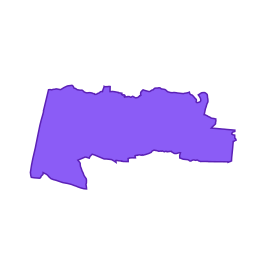 Bang Sao Thong, Samut Prakan, Thailand, rotated 259°
{"feature_id": "78962969B16455268499709", "entity_name": "Bang Sao Thong", "entity_type": "district", "adm_level": 2, "iso_a3": "THA", "parent_name": "Thailand", "parent_adm1": "Samut Prakan", "projection": "robinson", "projection_center": [100.804, 13.633], "detail": "fine", "context": "isolated", "style": "filled", "palette": "violet", "viewbox_px": 256, "rotation_deg": 259, "n_neighbors": 0, "source": "geoboundaries", "source_scale": "gbopen_adm2", "svg_char_len": 5668}
<svg xmlns="http://www.w3.org/2000/svg" viewBox="0 0 256 256"><g transform="rotate(259 128 128)"><path d="M180.7,57.3L160.8,48.2L160.1,48.2L156.6,46.5L152.1,44.2L147.6,42.1L137.3,37.8L126.1,33.2L116.5,28.9L110.2,26.3L103.0,23.7L99.7,23.5L98.0,23.7L97.0,26.5L95.6,31.6L95.6,32.0L96.3,33.0L96.6,33.0L97.5,33.8L98.6,35.6L100.4,36.2L100.1,36.5L98.4,38.8L97.9,39.3L97.4,39.8L96.5,40.4L95.4,40.9L95.0,41.2L93.0,42.7L92.7,43.1L92.4,43.6L91.6,44.9L90.4,47.4L88.9,50.0L87.7,52.1L86.8,53.7L85.1,58.1L83.4,61.7L82.9,62.5L82.0,63.9L80.7,66.2L79.9,67.3L78.2,70.2L76.8,73.1L76.1,75.7L77.7,75.9L80.6,76.0L81.0,76.1L81.6,76.5L82.0,76.7L84.8,77.3L86.1,77.3L87.1,76.9L88.6,76.2L89.7,75.8L90.5,75.6L92.2,75.4L94.8,74.7L97.8,74.3L99.0,74.0L101.3,74.1L102.3,74.3L102.9,74.2L103.5,74.0L106.0,72.6L106.3,74.0L107.3,78.9L107.6,79.9L107.6,80.3L107.4,81.2L105.8,84.2L107.4,85.3L109.1,87.8L108.1,89.7L107.8,90.2L102.2,98.6L102.1,99.0L101.7,100.9L100.3,105.3L100.2,105.7L98.5,107.7L96.5,109.7L98.4,109.8L98.5,110.0L98.4,110.2L98.4,110.6L97.6,112.6L96.9,115.4L96.6,115.3L95.9,117.4L95.0,121.8L98.0,122.3L98.0,123.0L98.3,123.6L98.0,126.1L97.3,129.6L98.1,129.6L99.0,129.5L99.5,129.7L99.5,129.9L99.6,130.5L99.4,131.6L99.6,131.8L99.4,132.3L99.5,132.6L99.5,133.1L99.5,134.1L99.1,135.1L98.7,135.8L98.8,136.2L99.0,136.9L98.9,137.1L98.4,137.4L98.5,138.0L98.6,140.1L99.0,143.3L99.1,143.9L99.7,146.2L100.7,147.2L100.9,147.6L101.1,148.5L101.3,148.8L101.1,149.3L101.2,150.0L100.5,151.1L100.5,151.6L99.5,153.4L99.3,153.7L99.3,154.3L99.1,155.0L99.2,155.8L98.8,156.4L98.8,156.5L99.0,157.1L99.0,157.3L98.4,158.0L97.8,159.1L97.7,159.3L97.9,160.1L97.9,160.6L97.8,161.0L97.7,161.3L97.2,161.7L97.1,161.9L97.3,162.7L97.1,163.1L97.0,163.4L97.0,163.7L97.1,164.3L96.9,165.0L96.9,165.7L96.9,166.0L96.6,166.3L95.8,166.6L95.3,167.4L94.4,168.3L94.2,168.6L93.9,169.5L93.8,170.1L93.7,170.7L94.0,173.7L93.9,174.2L93.7,174.8L92.2,174.0L91.5,173.6L90.7,173.4L88.7,173.1L88.3,173.9L87.8,174.6L87.3,175.5L87.0,175.9L86.9,176.0L85.5,180.6L85.1,181.3L84.8,181.6L84.0,182.2L83.7,182.8L83.7,183.1L83.6,183.6L84.0,184.5L84.2,186.0L84.1,186.5L83.4,188.1L83.3,188.4L83.4,189.3L83.4,189.7L83.2,190.1L83.1,190.3L82.3,191.0L81.9,191.8L81.7,192.1L81.5,192.5L81.3,192.7L80.8,195.5L79.9,199.9L79.6,200.7L79.4,201.8L77.7,209.9L77.3,212.2L75.8,219.3L75.7,219.6L75.2,219.6L75.3,220.2L75.4,220.7L75.5,221.2L75.6,222.0L75.7,222.6L76.0,223.4L76.3,223.4L79.4,224.2L87.3,226.6L93.2,228.3L94.8,228.8L94.8,229.7L95.4,231.1L95.5,231.8L96.4,231.7L97.0,231.5L97.6,230.9L100.7,231.4L100.8,231.2L101.1,230.0L101.9,229.2L102.2,228.7L102.4,228.7L102.6,228.7L102.8,228.8L103.0,228.9L104.0,230.0L104.2,232.2L105.5,232.5L107.9,224.1L108.4,222.5L109.0,220.3L110.6,214.9L112.0,209.7L112.6,210.4L114.9,214.1L115.4,214.7L115.6,214.8L116.1,214.8L116.3,214.8L117.3,215.3L118.5,215.7L119.8,215.8L120.1,215.9L120.9,214.2L121.4,212.6L121.9,211.5L122.6,210.9L123.3,210.0L124.1,208.8L124.8,208.2L125.5,207.2L126.3,206.1L126.6,205.3L127.7,205.8L132.2,207.7L134.0,208.8L135.3,209.4L136.9,210.3L138.0,211.2L139.0,211.6L140.4,211.8L141.2,211.9L143.2,211.9L144.2,212.1L145.7,212.1L146.3,211.8L147.6,210.7L148.0,210.2L148.2,209.8L148.3,209.5L148.5,207.8L148.5,207.0L148.5,206.8L147.1,203.3L146.3,203.7L144.9,204.3L143.2,204.8L142.0,204.8L140.9,204.6L140.4,204.2L140.1,203.8L140.0,203.5L139.8,203.1L139.7,201.8L139.7,201.3L139.7,200.8L139.8,200.5L140.0,200.2L140.5,199.9L140.9,199.9L141.6,200.3L142.4,200.5L142.7,200.5L143.2,200.4L143.6,200.1L144.0,199.6L144.7,199.4L147.5,197.7L148.2,197.1L148.6,196.2L149.0,195.8L149.3,195.5L149.5,195.4L150.5,195.1L151.5,195.1L151.3,194.1L151.2,192.8L151.2,191.4L151.3,190.1L151.2,189.0L151.3,188.5L153.0,183.0L153.5,181.9L154.1,179.9L154.2,178.3L154.6,176.7L154.9,176.1L156.0,173.9L156.2,173.7L158.2,172.2L158.8,171.5L159.2,170.5L159.5,169.7L160.0,168.3L160.2,168.0L161.0,167.4L161.3,167.0L161.5,166.4L161.6,165.6L161.6,164.8L161.6,164.3L161.9,163.0L161.9,161.7L161.7,161.3L161.0,160.4L160.7,160.0L160.7,159.6L160.6,158.5L159.9,157.0L159.7,156.3L159.7,156.0L159.8,155.5L160.1,154.8L162.0,151.0L162.6,150.1L162.3,149.5L162.0,149.1L161.8,148.7L161.3,148.4L161.1,147.8L160.4,147.3L159.9,147.1L159.1,146.9L158.1,146.8L157.7,146.9L157.5,146.4L157.5,145.7L157.4,145.7L156.9,145.4L156.8,144.6L156.3,143.9L156.1,143.5L156.1,143.1L156.1,142.1L156.1,141.4L156.3,140.9L156.6,140.5L157.1,140.1L157.5,139.4L157.9,139.1L158.2,138.7L158.2,138.4L157.9,137.6L157.6,136.9L157.6,136.7L157.7,136.3L157.9,136.1L158.5,135.6L158.6,134.7L159.0,134.1L159.0,133.8L158.7,133.2L158.7,132.9L159.2,131.7L159.2,131.4L158.8,130.7L159.3,130.3L159.7,130.3L159.8,130.4L160.1,131.0L160.4,131.2L160.7,131.1L161.1,130.7L161.4,130.3L161.4,129.8L161.3,129.0L161.5,128.7L161.9,128.7L162.1,128.7L162.3,128.2L163.3,128.6L164.1,126.4L164.4,125.2L164.5,125.1L164.8,125.2L166.2,121.7L166.9,119.6L166.9,118.9L167.1,117.9L167.2,117.3L172.1,118.4L172.5,117.1L172.4,116.6L173.0,112.8L173.4,112.5L172.5,112.1L169.6,110.3L168.6,109.9L168.9,108.9L168.9,108.4L168.7,107.7L167.9,106.2L167.8,105.9L167.7,104.7L167.3,103.9L167.2,103.5L167.2,103.0L167.2,102.6L167.3,102.1L167.4,101.7L167.6,101.6L167.9,101.6L168.2,101.4L168.4,100.6L168.5,100.3L168.7,100.0L169.1,99.6L169.8,98.0L170.1,96.8L170.3,94.3L170.8,93.3L171.2,92.6L171.8,91.8L172.6,91.3L173.1,90.9L173.6,90.5L173.8,90.3L174.0,89.8L174.2,88.4L174.5,87.5L175.1,86.0L175.3,85.4L176.3,84.5L176.8,84.0L176.9,83.8L177.4,82.7L177.5,82.6L178.6,82.4L179.4,82.1L179.8,81.9L180.3,81.5L180.6,81.1L180.6,80.6L180.8,77.6L180.8,76.4L179.9,72.9L179.4,71.6L178.8,70.0L178.6,69.5L178.6,69.1L178.6,68.9L178.7,68.6L179.9,65.6L180.1,64.9L180.1,64.5L180.0,63.6L180.2,61.9L180.0,60.2L180.6,58.8L180.7,57.3Z" fill="#8b5cf6" stroke="#5b21b6" stroke-width="1.5"/></g></svg>